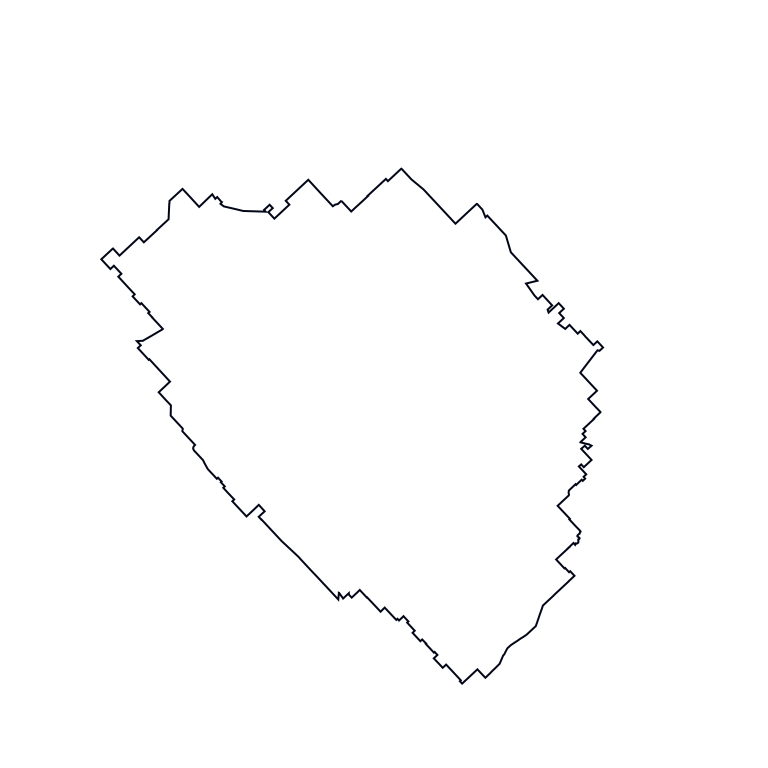 Corrigin, Western Australia, Australia (orthographic projection), rotated 227°
{"feature_id": "25037944B17845862979070", "entity_name": "Corrigin", "entity_type": "district", "adm_level": 2, "iso_a3": "AUS", "parent_name": "Australia", "parent_adm1": "Western Australia", "projection": "orthographic", "projection_center": [117.705, -32.376], "detail": "fine", "context": "isolated", "style": "outline", "palette": "ink", "viewbox_px": 768, "rotation_deg": 227, "n_neighbors": 0, "source": "geoboundaries", "source_scale": "gbopen_adm2", "svg_char_len": 5590}
<svg xmlns="http://www.w3.org/2000/svg" viewBox="0 0 768 768"><g transform="rotate(227 384 384)"><path d="M136.0,414.1L136.2,414.6L137.0,415.0L136.7,415.6L136.2,415.6L135.9,415.9L135.5,417.4L135.5,417.8L136.1,418.7L136.8,419.1L137.1,419.5L137.4,419.6L137.6,419.8L137.5,420.4L137.9,420.7L137.6,421.4L137.6,421.6L137.8,421.9L138.4,422.0L138.7,421.7L139.4,421.8L140.6,421.5L141.3,422.2L141.3,422.9L141.3,424.5L141.1,425.1L141.7,425.8L142.0,426.3L141.9,427.0L142.3,427.3L144.2,427.3L149.4,427.2L158.6,427.2L158.6,428.0L160.5,428.0L176.4,427.9L176.5,427.9L176.5,436.8L176.5,442.7L176.5,443.1L176.6,443.4L176.8,443.7L177.0,443.9L178.4,444.7L178.7,445.0L179.7,446.2L179.9,446.4L180.0,446.7L180.1,455.8L179.1,455.7L179.2,463.3L177.6,463.3L177.6,466.6L180.0,466.7L180.0,470.3L182.7,470.3L190.8,470.3L190.7,473.4L186.9,473.4L186.9,477.6L186.9,484.0L188.6,484.0L202.1,484.0L201.9,488.8L197.5,488.8L197.3,493.7L199.0,493.1L199.6,492.9L199.9,492.8L200.4,492.5L201.9,491.4L205.5,489.1L207.4,487.9L207.5,488.1L207.5,495.1L212.1,495.2L212.1,499.3L215.2,499.3L215.2,502.7L215.2,507.6L215.2,513.3L215.2,513.9L215.6,513.9L215.7,523.0L215.8,523.2L224.7,523.1L233.8,523.1L233.8,535.2L246.2,535.2L258.3,535.2L258.9,538.3L262.1,557.4L262.7,560.9L263.0,562.9L263.0,563.2L261.3,564.2L261.3,569.1L269.7,569.1L269.7,563.7L281.9,563.6L282.2,563.7L288.8,563.7L288.7,560.0L300.7,560.0L300.7,554.1L307.5,552.9L309.6,552.5L309.6,560.5L316.4,560.5L316.4,566.9L324.0,566.9L324.0,553.1L326.8,554.4L326.8,560.6L341.0,560.7L341.0,554.4L346.1,554.4L360.6,556.4L354.9,566.6L378.6,566.6L393.8,566.6L409.3,574.3L409.5,574.4L415.8,574.4L436.7,574.4L436.7,571.9L444.4,574.9L452.1,574.9L452.5,574.6L452.5,572.5L452.5,564.0L452.5,545.6L462.3,545.6L476.1,545.6L499.3,545.6L514.8,543.6L520.5,543.6L529.6,543.6L529.7,543.4L529.7,525.2L532.7,525.3L532.8,500.6L532.8,500.3L532.4,500.4L532.4,492.6L532.5,484.2L532.5,477.7L547.0,477.7L547.1,477.9L547.1,473.0L548.5,470.6L548.9,467.8L566.9,467.8L567.0,467.8L585.0,467.9L585.0,437.1L579.7,437.1L579.7,416.6L588.6,416.6L588.5,422.6L593.1,422.6L593.1,415.0L590.7,415.0L606.6,399.0L612.4,395.2L623.1,388.0L627.3,387.3L627.6,389.4L627.8,389.3L634.5,389.5L634.5,386.9L639.9,387.8L639.6,369.6L652.2,369.7L664.1,369.7L664.2,352.0L662.2,350.0L662.2,349.8L651.4,338.8L651.5,322.9L651.3,322.9L651.4,305.0L658.3,305.0L658.3,303.3L658.3,278.1L667.9,278.2L668.0,277.5L668.0,262.3L661.9,262.3L654.7,262.3L654.7,267.1L643.7,267.1L643.7,262.9L629.7,262.8L622.0,262.8L621.8,262.9L619.6,262.8L619.5,259.9L608.6,259.9L608.6,261.7L596.6,261.7L596.6,259.9L590.8,260.0L590.8,259.8L575.1,259.8L575.1,259.0L578.1,245.6L579.8,238.5L580.0,237.2L583.9,232.5L578.2,232.5L578.2,228.5L562.1,228.4L562.1,229.3L547.8,229.2L546.8,229.2L531.7,229.1L531.6,213.6L520.6,213.5L513.7,213.6L513.1,213.0L511.6,211.5L509.7,209.7L507.9,207.9L506.7,206.7L506.3,206.4L506.2,206.4L490.1,206.4L488.9,206.4L488.7,206.4L488.4,206.2L488.2,206.0L488.1,205.9L488.0,205.7L487.9,205.6L487.8,205.4L487.7,205.2L487.4,204.8L487.4,204.7L487.2,204.5L487.1,204.4L486.9,204.3L486.6,204.3L475.6,204.3L468.3,204.3L468.3,203.5L468.2,203.0L468.2,202.6L468.1,202.4L468.1,202.1L468.0,201.9L467.9,201.7L467.6,201.2L467.3,200.9L467.1,200.6L466.9,200.5L466.8,200.3L466.6,200.2L466.3,200.1L466.0,200.0L465.7,199.9L465.3,199.8L464.9,199.7L451.4,199.7L451.2,199.6L450.4,199.3L449.9,199.2L449.4,199.0L448.7,198.8L447.6,198.5L442.0,197.1L435.4,197.1L435.2,197.1L428.7,197.1L428.7,198.7L423.4,198.7L423.4,197.7L417.7,197.7L417.7,195.7L412.0,195.6L401.7,195.7L401.7,193.1L394.5,193.1L380.9,193.1L380.9,201.8L381.0,210.0L372.3,209.9L372.3,204.7L372.3,201.8L369.8,201.8L368.4,201.8L368.4,202.0L367.6,202.0L339.1,202.0L315.8,203.6L313.0,203.5L296.7,203.5L295.7,203.5L287.8,203.6L281.7,203.6L276.7,203.6L259.9,203.6L257.8,203.6L257.6,203.6L260.8,207.2L261.5,208.1L262.1,208.6L261.9,208.7L261.7,208.7L259.7,208.4L255.5,207.9L255.0,207.8L255.0,215.4L255.0,215.6L254.0,214.7L249.8,214.7L249.8,216.2L249.8,222.1L249.9,225.8L239.6,225.8L239.6,226.1L231.3,226.2L219.8,226.2L220.0,232.0L203.1,232.1L203.1,233.7L200.8,233.7L200.8,237.7L200.9,239.9L193.7,239.9L193.7,238.2L186.6,238.2L182.6,238.2L182.5,235.2L171.1,235.2L171.1,237.7L165.4,237.8L165.4,237.3L164.5,237.3L163.8,237.3L163.7,237.3L160.8,237.3L153.5,237.3L153.5,238.3L149.4,238.3L149.4,233.3L142.6,233.4L136.4,233.4L136.4,238.1L123.8,238.1L114.9,238.1L114.9,236.8L111.6,236.8L111.6,247.2L111.6,257.7L100.0,257.8L100.1,264.4L100.3,268.0L100.3,271.4L100.4,274.1L100.5,276.9L100.5,277.1L100.5,277.6L100.5,277.8L101.3,279.5L101.7,280.5L102.4,282.0L102.8,283.0L103.5,284.5L104.1,285.8L104.2,286.1L104.2,286.3L104.2,286.7L104.2,287.3L104.2,287.5L104.3,287.6L104.4,287.9L104.7,288.8L105.1,289.8L106.0,292.3L106.4,293.4L106.4,293.7L106.5,294.0L106.6,294.4L106.5,297.1L106.5,298.4L106.5,298.5L106.5,299.0L106.2,300.6L105.8,303.1L105.2,306.4L104.8,309.4L104.4,311.6L104.0,313.5L103.7,315.6L103.5,316.8L103.4,317.6L103.4,318.0L103.4,319.2L103.4,321.4L103.4,324.2L103.4,325.4L103.4,329.9L103.5,330.1L103.7,330.4L105.2,333.4L105.9,334.6L107.8,338.2L108.9,340.2L109.4,341.2L111.1,344.4L111.7,345.7L112.2,346.5L112.5,347.2L112.8,347.7L113.2,348.4L113.4,348.7L113.6,349.0L113.6,350.4L113.6,350.7L113.6,351.2L113.6,351.6L113.6,353.4L113.6,358.0L113.6,358.7L113.6,361.3L113.6,363.2L113.7,365.5L113.7,369.0L113.7,371.1L113.7,372.7L113.7,374.9L113.7,377.7L113.7,380.2L113.7,382.3L113.7,384.8L113.8,384.9L113.8,387.9L113.8,390.5L113.8,392.5L120.1,392.5L120.1,391.0L126.0,391.0L126.1,390.2L138.3,390.2L138.3,398.0L138.3,407.2L138.3,407.3L138.4,407.2L138.5,414.1L136.8,414.1L136.0,414.1Z" fill="none" stroke="#020617" stroke-width="2"/></g></svg>